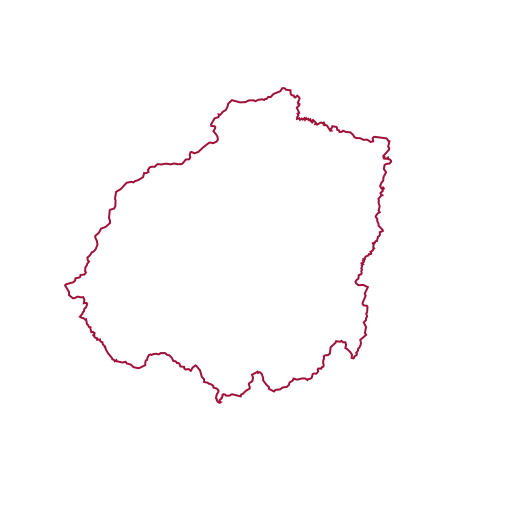 the district of San Sebastián De Mariquita, Tolima, Colombia, rotated 318°
{"feature_id": "7082276B37284243870531", "entity_name": "San Sebastián De Mariquita", "entity_type": "district", "adm_level": 2, "iso_a3": "COL", "parent_name": "Colombia", "parent_adm1": "Tolima", "projection": "orthographic", "projection_center": [-74.901, 5.227], "detail": "fine", "context": "isolated", "style": "outline", "palette": "rose", "viewbox_px": 512, "rotation_deg": 318, "n_neighbors": 0, "source": "geoboundaries", "source_scale": "gbopen_adm2", "svg_char_len": 6104}
<svg xmlns="http://www.w3.org/2000/svg" viewBox="0 0 512 512"><g transform="rotate(318 256 256)"><path d="M94.5,150.0L92.9,157.8L90.9,159.9L91.6,164.8L93.0,166.0L96.2,166.8L98.1,169.4L100.1,171.1L99.2,173.7L96.4,175.9L98.7,177.4L98.4,178.8L95.3,180.4L93.1,180.4L91.1,182.0L89.5,182.0L88.4,182.8L84.5,183.3L85.4,185.9L86.2,186.7L86.6,189.4L87.3,189.5L84.8,193.5L85.0,195.0L84.4,196.9L85.3,198.3L84.6,198.7L82.6,202.5L84.1,203.4L84.5,205.3L83.7,205.8L82.5,205.6L82.0,206.1L82.5,207.1L81.9,207.6L81.9,209.3L82.9,210.9L81.9,212.0L84.2,213.6L83.4,214.5L83.5,216.3L84.2,217.3L83.0,219.2L83.3,222.2L82.6,222.6L82.7,223.5L82.0,224.5L80.9,229.9L80.8,234.9L80.1,236.7L80.9,237.8L80.6,239.7L82.5,239.9L82.0,240.9L85.4,245.7L88.3,247.4L88.0,249.3L90.3,252.9L90.6,256.6L93.0,260.1L94.4,261.2L100.6,263.0L103.4,260.3L104.2,260.0L105.6,260.3L107.1,259.1L110.3,257.9L111.8,258.7L112.2,259.7L114.4,260.3L116.6,262.1L117.3,263.4L118.7,264.3L120.1,264.3L123.5,267.3L123.8,269.9L125.2,272.0L125.3,275.3L124.3,278.8L125.5,280.0L125.9,281.1L125.6,282.7L126.6,283.4L127.0,284.7L125.9,287.4L128.4,290.4L127.5,291.5L127.6,293.1L130.3,295.0L130.7,297.7L134.3,296.5L137.8,296.8L138.1,297.5L137.9,303.5L134.9,309.5L135.0,312.7L133.1,315.0L135.2,317.6L135.5,319.4L136.4,320.5L137.4,323.8L136.3,325.4L138.1,328.1L138.3,330.5L137.4,331.6L134.3,332.6L131.1,334.8L131.2,336.0L130.4,336.8L130.0,338.8L130.8,340.9L131.9,341.0L131.3,339.9L132.4,338.8L135.0,338.9L135.4,338.3L136.1,338.4L137.6,337.6L138.1,336.8L139.1,336.8L140.3,338.2L140.3,339.8L142.7,341.9L145.7,342.7L150.7,350.1L152.2,349.0L153.8,349.6L158.1,349.4L162.5,350.3L163.4,349.6L165.0,346.3L166.1,346.0L169.5,346.6L172.4,344.4L173.6,341.5L179.7,343.1L179.3,344.2L180.6,344.4L181.2,345.3L181.3,347.6L179.6,351.6L178.1,353.1L177.6,358.6L177.9,362.1L176.7,363.3L178.7,368.7L181.0,368.6L184.5,371.2L188.0,371.6L191.2,373.9L194.3,373.8L196.1,372.5L200.2,373.1L201.8,372.2L203.9,375.5L208.2,377.7L210.6,380.0L211.2,382.6L212.1,382.4L214.4,383.6L215.9,383.8L219.1,381.7L220.6,382.2L221.9,383.7L223.0,383.8L225.1,383.3L225.9,381.7L227.0,381.3L229.1,383.4L230.3,382.7L232.0,383.3L233.3,382.4L234.3,380.4L236.4,378.4L237.9,377.8L239.3,375.9L240.6,375.9L243.3,377.9L245.8,377.8L250.3,373.8L257.0,373.7L258.5,372.9L261.1,376.0L262.7,376.2L263.0,378.5L264.7,379.9L263.5,382.3L260.8,384.2L261.5,386.3L261.8,390.7L261.2,393.7L258.9,395.7L259.8,397.2L260.7,397.3L261.9,396.5L264.3,396.9L265.4,396.4L265.6,395.1L268.4,394.6L269.9,393.2L271.2,393.3L274.0,392.2L275.8,390.9L277.4,388.1L285.1,388.3L285.4,386.1L290.3,382.4L291.6,377.4L294.7,377.3L296.3,375.8L298.2,375.2L299.3,372.6L301.0,372.1L304.8,368.4L305.1,367.3L303.0,364.7L303.1,363.1L303.8,362.2L310.9,358.9L311.6,356.7L318.3,354.0L316.4,349.4L312.6,346.2L312.1,343.0L312.8,341.6L314.9,341.1L316.8,341.4L319.6,339.0L321.9,339.9L323.0,339.5L324.1,337.7L325.7,337.1L326.0,335.6L327.6,335.0L328.3,333.6L330.1,333.8L329.7,332.1L332.3,332.5L332.4,331.2L333.4,331.4L333.6,330.2L335.0,331.0L335.7,330.0L337.9,330.0L339.9,330.8L341.1,330.1L342.6,331.4L343.5,331.0L343.8,329.5L346.5,330.0L347.5,329.3L348.9,329.4L349.1,327.8L350.7,326.5L351.3,324.7L352.2,324.9L352.6,325.8L354.7,325.0L355.9,325.8L359.5,323.3L361.0,323.6L362.7,322.8L363.9,321.1L366.9,322.3L367.6,321.3L367.3,315.6L368.7,313.8L369.5,311.0L371.0,309.6L371.0,307.4L371.5,306.5L375.0,305.8L377.2,306.2L377.6,304.2L381.1,301.9L382.9,298.1L384.0,297.5L385.3,295.4L389.3,295.0L390.5,295.3L390.1,294.0L390.6,292.5L393.7,292.5L394.2,291.7L396.2,291.4L396.2,290.1L394.8,290.4L394.4,289.8L395.0,287.1L398.6,285.4L400.8,285.2L403.7,282.6L408.7,280.8L409.2,277.0L412.4,274.4L414.4,274.8L417.1,276.6L419.5,276.4L420.1,275.5L420.1,273.8L419.1,272.5L419.9,271.1L417.7,270.9L416.3,269.1L416.6,268.3L417.7,268.3L417.5,266.9L426.0,266.0L427.2,265.0L427.4,263.2L431.9,260.0L431.3,258.8L431.8,256.7L431.5,255.7L423.9,246.8L423.0,246.4L421.5,246.6L419.8,249.2L417.5,247.9L416.5,244.1L413.6,241.5L412.2,238.0L409.7,235.8L408.7,233.9L409.2,230.3L408.9,227.3L405.9,224.1L404.5,221.1L402.8,221.1L401.0,219.7L401.8,218.1L400.8,216.5L402.1,214.7L402.0,213.7L399.6,210.7L398.2,211.5L395.8,211.8L395.9,213.2L395.0,212.6L396.0,206.7L395.5,205.3L394.4,204.7L394.1,203.9L395.4,203.2L395.7,202.2L394.2,201.8L393.9,200.6L393.1,200.1L389.4,199.3L389.6,198.3L388.3,197.6L389.7,196.7L389.4,193.1L388.7,192.9L387.8,194.2L387.1,194.3L387.0,192.0L387.7,190.7L386.3,190.6L386.6,189.0L385.5,188.7L385.5,187.1L383.6,187.6L384.2,186.0L382.0,185.9L382.0,184.5L379.8,184.2L380.3,182.6L378.2,181.6L379.4,180.4L381.6,179.8L382.2,178.0L383.8,178.6L385.6,173.1L389.0,173.0L389.9,172.1L389.3,171.2L389.8,171.1L389.8,169.9L393.5,168.4L394.2,167.2L394.0,164.5L391.2,164.5L390.8,163.7L391.4,162.1L390.1,160.4L390.3,158.6L392.5,156.0L389.6,152.5L389.5,150.4L387.8,148.9L384.3,149.8L377.5,147.3L373.2,147.7L371.5,146.0L369.1,146.4L367.7,145.4L366.4,145.5L365.6,143.8L362.4,141.6L359.1,140.5L358.4,138.7L354.8,135.6L351.0,134.5L346.9,131.1L342.4,124.1L337.3,124.2L334.5,126.1L331.2,127.3L327.8,126.6L324.0,127.2L323.0,125.8L322.3,127.1L320.9,127.6L317.3,126.0L310.5,128.3L309.8,129.5L312.0,131.8L312.2,132.7L311.0,133.8L307.9,134.8L307.7,139.2L307.1,141.8L305.4,144.1L303.0,144.6L299.5,143.4L297.9,141.0L297.0,140.5L289.9,139.9L282.8,140.1L279.0,138.5L277.8,135.7L276.8,135.1L274.3,136.5L273.4,138.5L271.2,139.5L268.3,137.3L263.7,138.1L262.2,137.9L259.3,135.5L257.0,132.4L254.0,130.9L251.2,127.5L249.2,125.9L247.1,124.9L244.6,122.1L243.6,121.7L240.6,122.0L238.1,119.8L236.3,119.0L233.3,119.8L232.3,121.6L229.7,120.9L228.4,119.5L224.9,121.8L219.2,120.8L216.3,119.4L214.2,119.3L213.0,117.5L208.9,115.0L200.2,115.8L195.0,114.7L189.5,119.1L189.0,120.5L184.8,124.9L182.3,125.8L178.7,124.1L177.8,124.2L172.1,129.5L171.2,132.0L169.6,133.8L163.8,133.8L159.2,132.0L154.8,133.6L150.1,133.5L149.0,134.5L147.8,138.4L145.7,141.6L141.0,143.8L138.1,144.0L136.4,143.4L132.8,144.5L129.8,144.3L128.1,146.6L128.1,148.4L125.1,148.9L124.1,149.7L121.5,150.3L118.7,153.1L118.7,154.3L118.0,154.7L116.0,154.9L112.9,152.7L111.4,153.8L110.4,153.8L106.9,151.8L105.1,153.2L102.8,153.3L95.9,150.0L94.5,150.0Z" fill="none" stroke="#9f1239" stroke-width="2"/></g></svg>